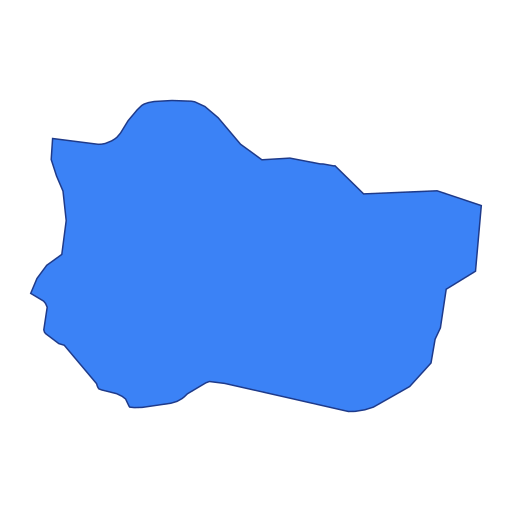 outline of Kissidougou
{"feature_id": "GIN-5644", "entity_name": "Kissidougou", "entity_type": "Prefecture", "adm_level": 1, "iso_a3": "GIN", "parent_name": "Guinea", "parent_adm1": "", "projection": "albers", "projection_center": [-10.045, 9.288], "detail": "fine", "context": "isolated", "style": "filled", "palette": "blue", "viewbox_px": 512, "rotation_deg": 0, "n_neighbors": 0, "source": "natural_earth", "source_scale": "10m", "svg_char_len": 1046}
<svg xmlns="http://www.w3.org/2000/svg" viewBox="0 0 512 512"><path d="M218.2,117.8L240.5,144.2L261.9,159.8L289.9,158.1L320.0,163.9L323.3,164.0L333.7,165.9L335.0,165.8L363.6,193.9L437.1,190.8L481.3,205.6L475.5,271.2L446.2,289.2L440.4,327.9L435.1,339.2L431.0,363.0L409.7,386.5L373.4,407.1L364.8,409.8L355.0,411.4L348.4,411.5L284.8,397.0L224.6,383.4L209.4,381.5L205.9,382.8L187.4,393.8L184.3,396.8L182.0,398.6L177.0,401.4L171.0,403.2L142.2,407.4L134.3,407.6L129.7,407.1L129.0,406.1L125.6,399.0L122.1,396.3L116.7,393.7L101.9,390.0L98.9,388.9L98.0,387.6L97.2,385.8L96.6,383.7L64.2,345.2L58.8,343.6L45.7,333.7L44.5,332.2L43.8,329.8L47.2,307.2L45.5,303.4L43.6,301.1L30.7,293.4L37.0,278.4L46.7,265.3L61.8,254.4L66.2,220.6L63.0,191.1L56.5,175.9L51.2,159.5L52.6,138.5L98.2,144.3L101.4,144.2L105.2,143.5L111.6,140.9L114.7,139.0L116.9,137.3L120.5,133.1L128.1,120.7L137.3,109.7L141.7,105.5L142.8,104.8L144.2,104.0L148.4,102.6L154.2,101.5L172.0,100.5L191.4,101.2L194.7,101.8L204.9,106.5L218.2,117.8Z" fill="#3b82f6" stroke="#1e3a8a" stroke-width="1.5"/></svg>